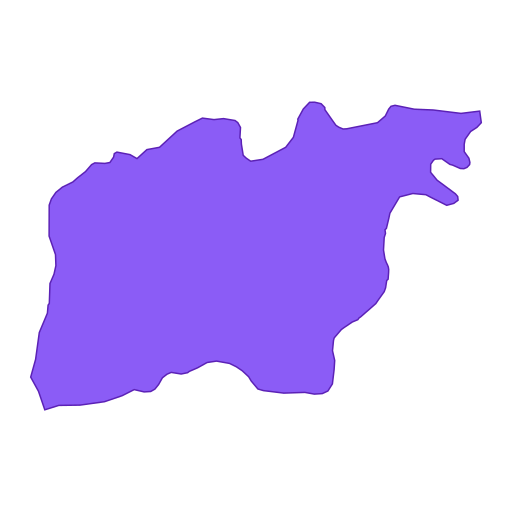 Sansare, El Progreso, Guatemala
{"feature_id": "79465075B35387126526580", "entity_name": "Sansare", "entity_type": "district", "adm_level": 2, "iso_a3": "GTM", "parent_name": "Guatemala", "parent_adm1": "El Progreso", "projection": "orthographic", "projection_center": [-90.08, 14.753], "detail": "fine", "context": "isolated", "style": "filled", "palette": "violet", "viewbox_px": 512, "rotation_deg": 0, "n_neighbors": 0, "source": "geoboundaries", "source_scale": "gbopen_adm2", "svg_char_len": 2052}
<svg xmlns="http://www.w3.org/2000/svg" viewBox="0 0 512 512"><path d="M202.4,118.1L195.1,121.7L177.1,131.1L159.5,147.3L146.9,149.6L137.0,158.6L130.0,154.6L116.9,152.1L114.3,153.6L113.6,157.1L109.9,162.5L104.9,163.4L94.8,162.9L91.6,164.6L85.5,171.6L77.8,177.6L72.8,182.0L62.4,187.1L55.9,192.4L51.4,198.9L49.2,205.1L49.1,236.1L55.5,254.6L55.9,265.6L54.0,274.2L50.0,283.5L49.3,303.4L48.1,305.1L47.4,313.2L39.3,332.5L35.6,359.4L30.7,377.1L38.5,391.3L44.8,409.8L58.8,405.4L80.0,405.1L104.5,401.7L122.1,395.7L134.2,389.6L144.1,391.9L150.7,391.5L154.9,389.1L158.6,384.5L162.4,377.8L167.0,374.2L171.2,372.4L181.2,374.0L187.6,372.7L189.3,371.4L197.6,367.8L207.1,362.5L216.5,361.1L229.5,363.4L236.4,366.8L242.3,370.8L248.7,376.8L251.2,381.0L257.9,389.0L263.4,390.6L283.8,393.1L304.9,392.4L314.3,394.1L322.3,393.6L327.9,391.0L332.4,383.9L334.1,369.6L334.7,360.5L332.5,350.7L333.5,340.5L334.1,338.1L335.1,336.8L341.3,329.6L344.0,327.6L352.3,322.0L357.8,319.7L359.1,317.9L360.6,316.9L375.8,303.6L377.9,300.5L384.2,291.7L385.6,287.8L386.7,280.5L388.1,279.2L388.6,272.5L388.7,269.5L388.3,267.0L387.4,264.7L386.3,262.5L384.9,258.7L383.5,250.0L384.2,237.5L385.5,233.4L385.0,229.8L386.4,228.4L388.8,218.4L389.9,213.2L399.6,196.9L412.8,193.5L425.9,194.7L430.4,197.1L446.7,205.3L453.8,203.4L458.1,200.2L457.7,196.5L455.4,193.8L437.1,180.2L430.6,172.3L430.7,164.2L433.5,160.2L435.1,159.1L441.8,158.7L449.9,164.4L452.6,165.1L460.3,168.5L463.9,168.7L467.0,167.4L469.6,164.6L469.9,162.4L468.9,158.2L464.2,151.6L464.2,144.3L465.1,139.3L470.6,131.5L476.9,127.4L481.3,122.7L479.7,111.1L461.0,113.4L433.4,110.0L414.3,109.2L395.0,105.3L391.0,106.3L388.7,109.1L385.3,116.0L377.5,122.7L346.7,128.8L343.1,129.0L338.8,127.2L335.9,125.3L332.9,121.1L324.9,109.7L324.8,107.5L321.1,103.7L314.7,102.2L309.6,102.3L303.3,109.0L297.8,119.1L298.0,120.4L293.4,137.3L285.7,147.3L263.0,159.3L250.7,161.2L246.3,158.2L243.2,155.3L241.4,144.1L241.2,139.5L239.9,137.9L240.5,127.5L237.8,122.6L235.0,120.5L223.5,118.6L214.0,119.6L202.4,118.1Z" fill="#8b5cf6" stroke="#5b21b6" stroke-width="1.5"/></svg>